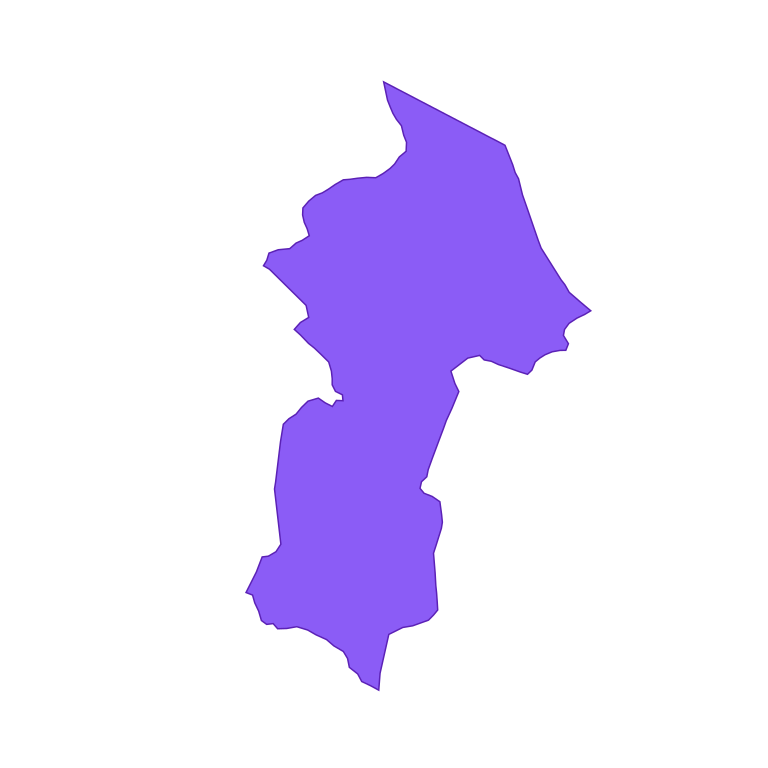 Conceição do Almeida, Bahia, Brazil (Mercator projection), rotated 144°
{"feature_id": "56859067B50391842277860", "entity_name": "Conceição do Almeida", "entity_type": "district", "adm_level": 2, "iso_a3": "BRA", "parent_name": "Brazil", "parent_adm1": "Bahia", "projection": "mercator", "projection_center": [-39.241, -12.859], "detail": "fine", "context": "isolated", "style": "filled", "palette": "violet", "viewbox_px": 768, "rotation_deg": 144, "n_neighbors": 0, "source": "geoboundaries", "source_scale": "gbopen_adm2", "svg_char_len": 2079}
<svg xmlns="http://www.w3.org/2000/svg" viewBox="0 0 768 768"><g transform="rotate(144 384 384)"><path d="M154.5,471.0L153.6,478.0L151.0,485.7L145.8,506.0L149.5,513.6L153.9,522.3L199.7,614.5L206.7,628.6L214.3,611.6L216.2,604.2L217.7,597.7L218.4,590.7L218.1,582.7L221.8,573.7L223.7,566.3L229.3,559.3L238.1,558.7L246.2,555.7L252.4,554.8L261.0,554.8L269.4,555.7L276.6,561.4L284.6,566.1L291.2,569.6L296.9,573.1L306.2,574.1L314.5,574.3L321.6,574.9L328.5,576.8L337.3,576.2L346.1,574.1L350.5,568.6L353.5,561.6L354.9,554.8L357.3,547.9L365.7,548.3L372.3,549.7L380.7,548.9L390.7,554.8L400.1,557.5L406.1,553.0L412.0,550.5L409.2,544.2L400.8,493.4L405.8,482.1L415.5,482.9L424.5,480.9L422.8,472.9L421.2,461.2L419.2,454.0L417.6,445.3L415.8,434.3L419.0,425.3L422.8,418.7L426.4,413.8L427.6,406.5L424.0,399.7L427.0,394.6L432.2,398.7L439.0,396.2L442.6,403.2L445.4,411.2L455.6,414.8L464.6,413.5L472.8,411.3L481.2,411.8L489.1,410.6L501.5,398.3L529.4,368.3L534.3,363.4L561.6,315.0L570.0,311.8L578.8,312.7L584.2,315.7L597.8,306.9L618.2,296.4L614.4,290.5L617.2,282.9L618.9,273.9L622.2,264.7L620.2,258.5L614.5,255.3L613.9,248.5L606.4,243.4L597.2,238.9L590.4,229.9L586.4,221.0L580.7,211.0L578.5,201.6L574.1,191.5L574.8,183.4L578.6,175.1L575.7,164.9L576.9,156.4L572.2,147.8L568.2,139.4L557.2,152.3L527.3,178.6L511.9,176.0L502.9,171.5L486.8,166.8L479.6,168.0L473.4,169.6L469.3,176.0L464.3,184.0L460.6,190.4L453.7,201.1L443.4,218.0L436.4,223.1L422.4,233.5L418.0,237.9L414.2,244.4L408.0,255.9L411.1,264.7L415.8,272.0L416.2,278.4L411.1,282.9L403.9,283.8L398.6,288.7L388.3,295.7L368.5,308.8L362.1,313.0L355.1,317.8L343.5,324.3L327.9,333.9L326.3,342.9L322.3,355.1L312.3,355.4L301.0,355.7L289.8,350.9L288.8,344.6L283.8,339.3L280.0,332.5L273.1,322.9L266.8,313.7L262.2,307.5L256.2,308.3L248.7,313.0L242.7,313.4L236.5,313.0L229.0,311.2L221.8,307.7L217.1,304.4L211.1,308.2L210.3,317.8L205.9,322.0L198.7,324.3L189.3,323.9L180.5,322.3L173.7,321.7L177.1,335.5L180.3,349.3L179.3,357.9L179.5,364.3L177.0,401.6L174.8,409.6L164.8,442.3L160.8,455.6L154.5,471.0Z" fill="#8b5cf6" stroke="#5b21b6" stroke-width="1.5"/></g></svg>